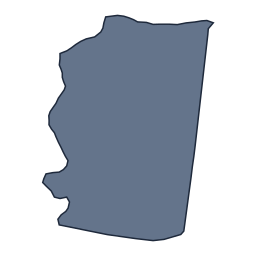 Nova Belém, Minas Gerais, Brazil (Equal Earth projection), rotated 90°
{"feature_id": "56859067B88736774373870", "entity_name": "Nova Belém", "entity_type": "district", "adm_level": 2, "iso_a3": "BRA", "parent_name": "Brazil", "parent_adm1": "Minas Gerais", "projection": "equal_earth", "projection_center": [-41.116, -18.489], "detail": "fine", "context": "isolated", "style": "filled", "palette": "slate", "viewbox_px": 256, "rotation_deg": 90, "n_neighbors": 0, "source": "geoboundaries", "source_scale": "gbopen_adm2", "svg_char_len": 1096}
<svg xmlns="http://www.w3.org/2000/svg" viewBox="0 0 256 256"><g transform="rotate(90 128 128)"><path d="M20.5,49.1L20.9,54.5L22.0,61.1L22.9,69.9L24.6,78.7L24.2,86.7L24.2,96.1L24.4,102.9L22.4,109.6L21.9,118.4L19.7,122.4L17.8,127.1L16.2,132.2L15.4,138.5L16.2,144.8L16.9,150.3L22.8,152.1L28.1,153.1L32.0,155.2L36.9,161.3L38.9,169.8L41.4,175.3L44.5,180.2L47.9,184.7L50.9,189.3L53.5,196.0L58.9,196.0L65.0,196.7L69.3,194.9L73.0,193.7L77.4,193.7L81.6,192.4L86.1,190.5L89.9,191.8L93.6,194.4L98.1,197.6L103.3,200.0L107.0,202.6L111.6,205.8L115.7,207.2L120.7,206.9L124.8,207.0L129.1,204.5L132.7,201.6L136.8,200.0L142.2,197.6L147.7,194.8L151.8,192.9L156.5,190.5L160.6,188.0L165.9,189.3L169.6,192.6L172.1,196.8L172.6,203.0L173.9,210.0L178.8,212.2L182.5,213.3L186.4,209.5L190.9,204.8L197.1,201.6L198.5,196.0L197.1,189.3L202.0,186.5L208.1,187.9L211.4,190.2L214.8,194.8L219.2,198.1L224.9,196.8L234.6,148.7L238.6,120.3L240.6,102.9L239.4,92.0L234.5,75.2L231.1,72.2L177.8,65.0L166.3,63.6L156.7,62.2L145.3,60.8L34.6,48.2L28.7,47.7L22.8,42.7L20.5,49.1Z" fill="#64748b" stroke="#1e293b" stroke-width="1.5"/></g></svg>